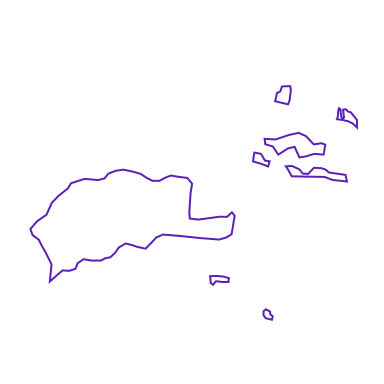 Gunsan-si, North Jeolla, South Korea, rotated 187°
{"feature_id": "91817680B51344731064077", "entity_name": "Gunsan-si", "entity_type": "district", "adm_level": 2, "iso_a3": "KOR", "parent_name": "South Korea", "parent_adm1": "North Jeolla", "projection": "natural_earth1", "projection_center": [126.551, 35.9], "detail": "fine", "context": "isolated", "style": "outline", "palette": "violet", "viewbox_px": 384, "rotation_deg": 187, "n_neighbors": 0, "source": "geoboundaries", "source_scale": "gbopen_adm2", "svg_char_len": 2040}
<svg xmlns="http://www.w3.org/2000/svg" viewBox="0 0 384 384"><g transform="rotate(187 192 192)"><path d="M322.2,85.8L315.6,93.3L310.9,98.4L304.3,98.8L298.4,101.5L296.8,107.4L291.4,112.1L283.2,111.7L273.8,112.9L270.3,115.6L265.2,117.2L260.9,122.3L257.8,128.1L251.5,132.8L245.7,132.1L239.8,130.9L231.2,130.1L226.9,135.6L221.8,142.6L215.6,146.2L198.8,146.9L177.3,147.3L168.7,147.7L159.3,148.1L152.7,150.9L147.6,154.8L147.2,162.2L146.8,173.6L149.9,176.7L154.2,171.6L161.3,170.9L182.4,165.4L191.0,165.4L192.1,170.9L193.3,190.9L192.9,200.3L198.4,205.4L207.8,205.4L214.8,205.8L219.5,203.4L225.8,199.1L232.8,198.3L239.1,200.7L245.3,203.8L253.5,205.0L262.9,205.8L270.3,203.8L277.4,199.9L280.5,194.8L286.7,192.4L300.0,192.0L303.6,190.4L313.2,185.9L315.5,180.6L324.0,171.9L329.8,164.3L333.6,151.8L342.1,144.2L347.9,135.6L345.0,129.8L338.3,126.0L334.5,120.3L330.1,114.4L322.6,103.1L322.2,85.8ZM89.7,239.4L83.1,241.3L75.5,244.7L65.9,245.2L65.5,255.2L69.4,256.2L76.9,254.1L85.8,261.4L93.3,263.7L102.5,260.5L115.7,254.3L126.4,253.6L125.1,248.4L117.3,247.0L110.9,239.6L102.0,247.0L95.6,249.3L89.7,239.4ZM94.9,219.7L62.3,223.1L53.9,221.1L39.5,221.3L41.7,227.7L58.4,228.0L62.1,230.5L66.4,231.4L73.9,230.9L79.0,224.1L84.4,223.8L88.1,227.5L95.9,230.0L102.0,228.9L99.3,225.9L94.9,219.7ZM112.4,308.3L115.6,307.6L116.6,302.6L119.9,300.4L119.9,297.5L120.6,292.2L107.4,290.7L106.3,295.0L106.3,298.6L106.3,305.4L107.4,309.0L112.4,308.3ZM45.1,281.1L40.4,279.4L36.1,276.1L37.0,283.6L44.2,290.5L46.8,290.8L49.3,292.9L52.1,292.1L50.2,284.4L51.3,283.5L52.8,284.4L54.0,288.6L54.5,291.3L55.3,292.7L56.4,293.0L56.7,289.4L56.5,286.6L56.5,284.4L57.0,281.9L51.5,281.9L45.1,281.1ZM135.1,234.4L135.1,229.8L126.7,228.4L119.6,226.6L118.7,231.9L123.5,232.1L126.5,236.2L128.3,238.3L134.9,238.7L135.1,234.4ZM156.3,111.8L163.8,110.7L162.3,103.9L159.8,102.5L157.3,106.4L150.9,106.4L144.9,107.1L144.9,111.0L149.5,111.8L156.3,111.8ZM106.4,82.5L106.0,78.5L103.5,75.7L97.1,75.0L96.7,78.5L99.6,80.3L99.9,82.8L104.2,84.6L106.4,82.5Z" fill="none" stroke="#5b21b6" stroke-width="2"/></g></svg>